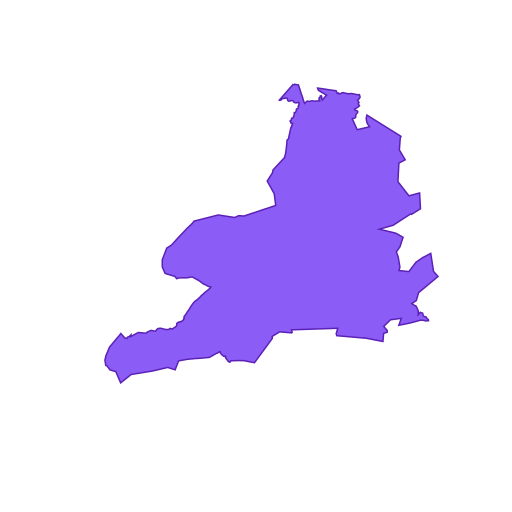 outline of Tlalchapa, Guerrero, Mexico, rotated 243°
{"feature_id": "50627088B97959743507654", "entity_name": "Tlalchapa", "entity_type": "district", "adm_level": 2, "iso_a3": "MEX", "parent_name": "Mexico", "parent_adm1": "Guerrero", "projection": "robinson", "projection_center": [-100.395, 18.462], "detail": "fine", "context": "isolated", "style": "filled", "palette": "violet", "viewbox_px": 512, "rotation_deg": 243, "n_neighbors": 0, "source": "geoboundaries", "source_scale": "gbopen_adm2", "svg_char_len": 5991}
<svg xmlns="http://www.w3.org/2000/svg" viewBox="0 0 512 512"><g transform="rotate(243 256 256)"><path d="M204.4,77.8L207.1,90.9L200.5,111.6L196.8,126.7L191.3,132.3L197.6,139.3L197.1,141.4L195.1,148.0L192.0,155.8L190.9,158.2L186.8,168.4L187.2,176.4L187.0,177.4L187.1,178.4L187.1,179.0L187.3,179.5L187.3,180.1L187.2,180.3L186.9,180.5L186.7,180.5L186.4,180.4L186.2,180.3L186.0,180.2L185.8,180.2L185.4,180.4L185.2,180.4L184.5,180.4L184.0,180.6L183.6,180.7L182.7,181.0L182.2,181.3L181.7,181.5L181.3,181.7L181.0,182.1L180.9,182.9L180.8,183.1L180.7,183.3L180.4,183.4L180.2,183.1L179.9,182.9L179.7,182.9L179.4,182.8L178.5,182.8L178.0,182.8L177.0,183.0L176.1,183.2L175.5,183.3L174.8,183.4L174.3,183.6L173.8,183.9L173.5,184.1L173.4,184.3L173.3,184.7L173.3,184.9L174.1,185.9L171.4,191.6L171.3,191.9L168.3,197.6L161.6,206.2L168.5,219.9L175.2,233.2L177.0,233.9L177.7,242.7L177.2,243.4L171.3,252.9L171.5,253.6L174.1,254.1L154.5,296.0L150.4,292.2L148.3,291.8L133.7,315.2L133.9,315.3L122.2,330.3L129.1,334.6L128.5,338.3L130.0,339.1L135.3,337.9L138.1,346.9L134.5,357.1L129.4,351.8L126.3,363.0L124.1,373.5L122.5,376.3L121.1,377.7L120.0,380.3L121.2,380.7L122.7,379.9L124.5,379.9L125.7,378.4L127.2,377.9L129.3,378.6L131.3,376.8L130.0,373.8L133.4,375.7L138.4,375.9L139.2,375.6L140.1,374.7L142.9,373.2L143.5,378.6L149.5,384.2L155.1,408.9L161.7,407.2L179.0,412.9L178.9,403.5L177.8,395.7L174.7,389.2L172.7,385.2L178.1,376.8L180.8,379.2L190.6,382.3L195.9,382.9L198.8,388.4L205.9,395.5L212.8,391.0L223.9,378.0L221.1,392.3L222.0,400.4L222.1,401.5L223.3,413.1L222.5,413.4L223.4,424.0L237.9,430.4L240.2,419.6L257.8,416.2L273.9,425.5L274.0,432.6L285.4,431.9L295.3,437.9L296.8,439.5L316.9,427.4L331.2,418.8L328.7,416.7L325.8,415.7L323.5,415.3L319.6,415.9L322.6,403.5L334.6,404.1L334.2,405.9L334.1,407.2L334.4,407.8L335.3,408.4L336.3,408.9L337.0,410.0L337.7,411.6L337.9,411.9L338.8,412.3L339.7,411.9L340.5,410.8L341.4,410.3L341.6,410.4L341.8,410.7L342.0,409.9L342.4,414.6L342.8,416.4L345.3,416.2L346.0,417.5L348.7,417.2L349.1,418.9L350.2,420.8L352.4,421.4L353.0,421.3L353.0,421.1L353.1,420.4L353.3,420.1L357.5,414.8L358.9,411.2L359.1,411.0L359.3,411.1L360.6,409.4L361.8,408.1L362.1,407.5L362.2,407.1L362.4,406.7L362.4,406.0L362.3,405.7L362.3,405.3L362.2,405.0L362.3,404.6L362.4,404.1L362.6,403.9L362.8,403.8L363.3,403.8L363.5,403.7L363.8,403.5L363.7,403.1L363.6,402.7L363.7,402.4L363.9,402.3L364.1,402.2L364.4,402.2L364.9,402.4L365.2,402.4L365.5,402.4L365.8,402.3L366.0,402.3L366.3,402.3L366.7,402.4L366.9,402.4L370.4,397.3L370.5,397.2L371.5,395.8L374.4,391.8L376.3,389.1L377.7,387.1L377.2,387.0L376.8,386.9L376.7,386.9L375.4,386.8L372.5,388.5L371.8,389.0L367.2,391.9L366.8,390.6L364.9,385.8L366.6,386.0L367.1,386.4L367.4,386.6L367.5,386.7L368.6,386.9L369.2,386.9L369.3,386.4L369.3,385.7L368.7,385.5L368.4,385.0L368.1,384.3L368.1,384.1L368.1,383.8L367.6,383.8L367.3,383.6L367.1,383.4L366.9,383.4L366.2,383.2L366.1,383.3L365.4,383.1L367.5,378.3L368.2,377.3L368.4,377.1L368.5,376.8L368.8,376.5L369.0,376.0L369.1,375.7L369.2,375.1L369.3,374.5L369.5,373.7L370.8,372.0L370.8,371.7L369.9,368.6L370.5,368.6L373.7,369.0L374.7,369.2L376.5,369.6L379.2,369.9L379.9,369.9L380.1,370.0L381.1,370.1L381.6,370.3L382.2,370.4L383.3,370.5L384.7,370.8L384.8,370.9L385.1,370.8L389.2,371.5L389.7,370.7L391.3,368.6L391.5,368.4L391.2,367.6L392.0,366.8L384.3,347.5L384.0,347.7L383.8,348.2L383.7,349.0L383.7,349.8L384.2,350.4L384.3,350.9L384.2,351.3L384.0,351.9L383.7,352.3L383.5,352.9L383.3,353.7L383.0,354.6L382.5,355.3L382.0,355.4L381.5,355.2L380.6,355.0L379.9,354.9L379.5,355.2L378.9,355.6L378.8,356.2L378.6,356.8L378.5,357.6L378.4,358.3L378.2,358.8L377.7,359.2L377.4,359.4L376.8,359.5L376.1,359.5L375.6,359.7L375.1,360.1L374.5,360.8L374.1,361.5L373.9,362.4L373.6,363.5L373.3,364.0L373.0,364.1L372.7,364.0L372.2,363.3L371.7,363.1L371.3,362.9L370.9,362.8L370.7,362.7L370.7,362.1L370.4,361.7L370.0,361.5L369.4,361.4L368.8,360.8L368.6,360.3L368.6,359.8L368.6,359.5L368.5,358.9L368.3,358.4L368.0,358.4L367.8,358.5L367.5,358.3L367.4,358.1L366.9,357.4L366.6,357.1L366.3,356.7L366.0,356.3L366.0,356.0L366.1,355.8L366.2,355.5L366.4,355.2L365.1,354.5L364.7,354.2L363.2,352.8L362.6,352.2L362.4,351.9L362.5,350.7L362.6,350.3L362.2,349.9L361.8,349.7L361.0,348.9L361.0,348.6L360.9,347.7L360.7,347.6L360.4,347.6L360.0,347.7L359.5,347.7L358.7,347.4L358.5,347.5L358.2,348.4L357.5,348.7L357.0,348.6L356.7,347.8L356.2,347.3L355.6,346.7L355.2,346.3L354.9,346.4L354.6,345.9L354.6,345.5L354.4,345.2L345.6,338.0L345.2,336.3L342.5,334.7L338.1,331.8L333.8,328.8L331.7,326.9L331.6,326.7L330.8,326.2L325.0,310.3L322.7,308.5L317.7,300.0L303.2,300.5L292.1,296.5L297.1,263.4L299.8,258.9L300.0,254.5L309.7,241.0L315.2,216.7L314.0,214.1L313.8,213.4L312.1,207.7L308.0,195.9L304.1,185.7L303.6,180.1L295.1,170.7L288.7,167.5L281.7,167.1L274.6,174.5L271.8,175.0L271.7,175.9L271.3,177.8L267.9,184.6L266.4,189.6L259.9,194.0L254.3,196.8L253.8,197.6L252.8,198.2L251.7,198.9L250.4,199.9L249.6,200.7L248.9,201.7L248.5,201.1L248.2,200.6L247.9,199.3L247.7,198.4L247.4,197.2L246.9,194.6L246.6,193.2L246.1,191.9L245.8,190.1L245.2,188.4L244.7,187.2L244.3,185.5L243.9,184.4L243.6,182.4L243.4,181.4L243.2,180.4L242.8,179.4L242.4,178.5L241.7,177.1L241.0,175.8L240.4,174.6L239.7,173.6L238.8,172.2L237.6,169.8L237.1,168.9L235.6,166.6L235.0,164.9L234.9,164.7L233.5,163.6L233.1,163.8L231.6,161.3L231.8,158.7L231.5,157.9L231.7,157.6L232.2,157.4L232.2,156.2L232.2,155.9L231.8,154.7L230.1,153.8L229.4,152.2L229.3,150.4L229.0,148.9L229.1,148.4L229.0,148.2L230.5,146.6L230.3,146.0L230.3,145.1L230.4,144.2L230.9,143.3L231.8,141.8L232.5,141.1L233.1,140.3L234.4,138.9L235.1,138.0L235.5,136.9L235.8,136.0L235.8,135.2L235.7,134.6L235.4,133.8L234.9,133.0L234.7,132.5L235.0,131.7L237.4,128.6L237.6,124.5L237.1,123.0L241.3,116.4L241.1,107.7L242.5,108.7L241.9,106.8L241.9,105.4L242.0,105.1L242.0,104.6L241.2,103.6L242.5,101.9L248.3,100.4L246.7,97.0L246.5,96.2L241.3,84.1L235.2,76.9L231.8,74.1L226.9,72.5L225.4,73.4L220.8,74.2L216.6,78.6L204.4,77.8Z" fill="#8b5cf6" stroke="#5b21b6" stroke-width="1.5"/></g></svg>